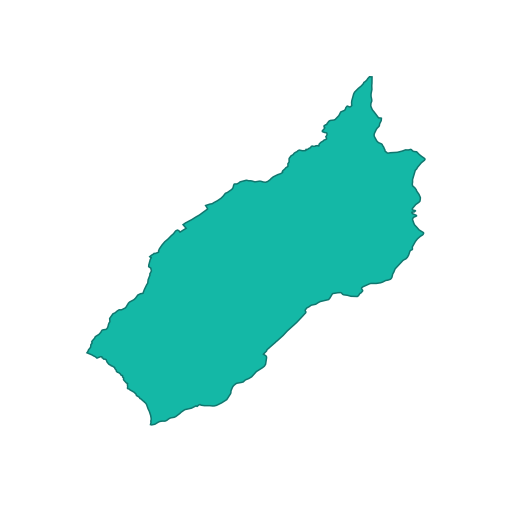 Titesti, Vâlcea, Romania (Robinson projection), rotated 338°
{"feature_id": "2599482B31663293500229", "entity_name": "Titesti", "entity_type": "district", "adm_level": 2, "iso_a3": "ROU", "parent_name": "Romania", "parent_adm1": "Vâlcea", "projection": "robinson", "projection_center": [24.419, 45.417], "detail": "fine", "context": "isolated", "style": "filled", "palette": "teal", "viewbox_px": 512, "rotation_deg": 338, "n_neighbors": 0, "source": "geoboundaries", "source_scale": "gbopen_adm2", "svg_char_len": 6079}
<svg xmlns="http://www.w3.org/2000/svg" viewBox="0 0 512 512"><g transform="rotate(338 256 256)"><path d="M430.7,133.4L428.4,132.3L426.2,133.3L424.6,134.4L422.6,135.2L421.0,135.5L420.3,136.3L417.3,137.8L413.7,138.9L408.8,141.0L407.2,142.4L403.0,147.9L402.1,149.5L401.4,151.5L401.3,152.2L401.1,152.4L399.6,153.0L399.0,153.0L398.4,152.7L397.0,151.3L396.6,151.2L394.9,152.1L394.3,152.9L392.8,154.1L388.5,154.2L385.4,156.9L380.5,159.1L379.1,159.1L375.9,158.2L374.7,158.2L373.7,158.5L372.6,159.3L371.6,159.7L370.8,160.6L369.7,160.4L367.9,160.8L367.4,161.8L367.7,162.3L367.8,162.9L366.7,163.7L364.5,164.7L364.2,165.1L364.2,165.6L364.8,166.2L366.0,167.3L367.4,168.1L367.7,168.6L367.5,169.7L367.1,170.3L366.1,171.2L365.4,171.6L365.6,173.1L365.2,174.0L362.2,174.1L361.1,174.6L358.8,174.9L356.7,175.8L356.1,176.4L355.6,177.4L355.0,177.3L354.5,176.8L353.7,176.5L352.7,176.2L351.9,176.4L350.2,175.8L349.3,175.1L348.9,175.1L348.3,175.1L347.1,176.0L345.7,176.0L344.0,176.4L342.8,176.5L342.6,176.0L342.3,175.9L341.6,176.7L341.4,176.8L338.5,175.8L335.8,174.0L334.3,174.1L333.1,174.6L331.2,174.7L329.7,175.1L328.5,175.9L325.9,176.3L323.5,177.8L323.1,178.2L322.0,181.0L321.4,181.6L320.2,182.3L319.2,184.8L318.9,185.0L316.8,185.3L315.3,186.1L312.8,187.0L312.1,187.5L312.2,188.2L311.8,188.5L309.7,188.9L306.7,188.7L301.4,189.1L300.4,189.6L299.6,189.6L297.8,190.5L294.7,191.3L292.4,191.2L290.6,190.2L288.5,188.5L287.3,187.9L282.8,186.9L280.3,184.9L278.7,184.0L277.5,183.6L275.9,182.4L275.2,182.1L269.0,181.3L267.5,181.8L266.0,182.0L264.7,181.9L263.5,181.3L262.7,181.2L261.8,182.0L260.3,184.1L258.5,185.2L253.2,186.4L251.1,186.4L248.2,188.1L245.4,189.3L240.9,190.3L237.1,190.7L234.9,191.1L232.7,190.6L228.2,190.3L228.6,192.4L228.8,194.1L228.7,194.3L218.9,196.8L215.0,197.3L210.1,198.2L203.1,198.9L200.1,199.6L201.6,204.1L194.5,205.4L193.9,203.5L192.8,202.5L190.8,202.7L187.8,204.5L185.1,205.4L180.8,207.3L176.8,208.6L173.3,210.4L169.2,213.1L167.6,214.7L167.3,215.7L167.0,216.0L163.5,215.9L162.5,215.4L161.6,215.8L159.5,216.1L157.2,216.8L157.5,217.5L158.2,217.9L158.3,218.3L156.6,219.7L153.2,224.2L152.5,225.7L153.9,227.8L153.4,230.7L150.8,232.9L150.6,233.9L147.1,237.6L145.4,240.7L144.0,241.6L140.1,245.1L137.7,247.7L137.5,248.1L136.9,248.2L134.9,247.7L131.8,247.9L128.6,249.9L127.4,250.4L126.3,250.8L121.6,251.3L120.1,251.9L116.2,254.8L115.2,255.2L111.6,255.5L110.7,255.4L109.0,254.6L106.7,255.0L104.1,255.9L101.7,256.0L96.9,259.1L96.1,261.7L95.8,262.3L94.7,263.0L93.5,264.3L92.5,265.8L91.0,267.3L89.6,267.9L86.8,267.2L85.6,267.1L84.7,267.6L83.7,268.5L81.2,269.8L76.8,270.6L75.5,271.8L72.3,273.4L71.5,274.1L71.5,275.2L71.3,275.5L69.8,276.2L68.4,278.7L65.6,280.2L64.4,281.5L63.0,282.4L66.8,286.2L68.5,288.4L69.2,289.0L70.3,291.1L74.1,291.1L75.0,291.5L75.3,291.8L75.2,292.8L75.9,293.6L76.1,294.5L77.3,295.1L78.2,295.9L78.2,298.6L79.0,301.2L79.6,302.1L80.4,302.7L80.6,303.6L81.7,304.4L82.5,305.7L83.0,306.1L83.2,306.6L83.0,307.1L83.2,308.4L83.6,309.2L83.4,310.7L84.0,311.9L84.7,312.4L85.7,313.7L86.0,314.3L86.3,316.0L87.4,316.8L87.4,317.3L87.0,317.9L87.0,318.3L87.6,319.4L86.9,320.8L86.9,321.4L88.3,325.3L89.0,325.8L89.2,326.1L88.5,327.2L88.2,328.8L87.3,330.4L87.3,330.8L88.7,332.1L88.9,332.8L91.9,336.6L93.0,339.1L92.9,340.6L94.6,342.8L95.0,343.9L95.0,344.6L95.7,345.3L97.1,348.2L97.8,349.1L97.7,349.5L98.5,350.9L98.9,352.6L98.7,357.3L98.9,360.0L98.6,364.3L98.0,367.1L97.6,368.3L96.6,369.7L96.4,370.8L95.0,372.8L95.9,373.5L99.2,374.1L103.6,373.4L105.3,373.5L107.3,374.0L109.7,375.0L111.6,375.0L114.1,374.3L116.1,374.1L119.7,374.9L121.5,374.8L126.6,373.4L128.0,372.8L132.4,371.8L139.2,372.9L144.2,372.5L144.9,373.3L145.2,373.4L146.7,372.8L148.3,372.7L148.6,372.8L149.1,373.7L152.2,375.5L157.2,377.5L159.8,378.9L161.3,379.4L163.5,379.7L169.1,379.3L175.1,378.2L180.9,374.1L181.5,373.3L182.3,371.7L184.0,369.9L185.6,368.4L187.2,367.6L189.5,366.9L190.6,366.8L194.8,367.7L196.9,368.0L199.8,366.9L203.3,366.9L206.7,366.4L213.1,363.3L220.2,362.0L222.5,361.3L224.3,360.0L227.7,354.3L228.0,353.1L227.8,352.3L226.1,349.8L230.2,348.0L231.1,347.0L239.7,344.0L242.1,343.2L242.5,342.8L243.5,342.7L251.4,339.8L256.9,337.2L268.7,332.9L274.4,330.3L280.9,327.2L281.3,326.5L281.1,325.5L281.3,324.6L283.6,323.2L286.3,322.9L288.8,322.3L293.3,323.1L296.4,322.5L298.5,322.3L307.0,323.6L308.6,322.8L312.5,319.8L313.1,319.6L318.1,320.7L320.7,321.6L321.4,322.3L322.0,324.0L322.9,324.9L326.1,326.7L328.9,328.9L334.7,331.5L336.1,331.2L338.2,329.7L339.6,329.5L341.6,328.5L341.9,328.2L342.0,327.7L341.6,326.1L341.7,325.8L342.2,325.0L343.7,324.6L351.2,324.3L352.3,324.5L357.2,326.5L361.5,327.5L363.7,327.6L367.1,327.3L369.4,327.8L372.0,327.9L373.1,327.4L374.1,326.6L376.1,323.8L377.6,322.7L380.0,320.2L380.7,319.8L390.5,315.2L392.0,314.9L393.9,314.8L395.9,313.9L397.9,312.3L400.5,309.2L401.5,308.7L403.2,308.6L403.6,308.3L404.3,306.2L409.3,302.2L412.1,300.6L415.5,299.4L418.2,298.9L419.0,298.6L420.0,297.6L420.0,297.0L417.0,292.9L415.8,289.4L414.7,286.6L414.6,284.7L414.8,280.8L415.3,279.9L417.1,279.1L419.3,279.1L419.9,278.9L419.9,278.4L417.0,275.4L416.7,274.3L416.8,274.0L417.0,273.8L419.3,274.4L420.7,273.9L420.6,273.5L418.9,272.3L418.4,271.7L418.4,271.2L418.9,270.5L423.4,268.1L426.9,267.3L428.2,266.8L428.6,266.5L429.7,264.7L430.3,263.4L430.2,259.8L429.3,256.0L429.4,254.8L429.0,253.0L428.7,252.0L427.5,249.7L427.8,247.9L428.9,246.1L429.7,243.9L435.8,236.2L437.5,235.5L439.1,234.2L444.2,231.5L448.1,230.3L448.8,229.8L449.0,229.3L448.6,228.3L447.0,225.9L445.4,223.1L444.0,219.6L441.2,218.0L440.4,216.9L440.0,215.7L439.4,215.1L437.1,214.8L434.3,213.6L431.0,213.5L425.9,212.8L419.4,210.6L417.3,210.2L416.3,209.7L415.8,208.5L415.2,207.7L415.0,207.1L415.3,205.5L415.1,204.5L415.2,203.0L414.8,201.2L414.7,199.7L414.2,198.9L412.0,196.7L411.1,194.7L410.5,189.7L410.6,188.7L411.0,187.7L411.7,186.7L415.1,183.6L416.4,182.8L418.6,181.9L419.3,181.2L420.1,179.8L422.8,177.4L423.8,175.5L423.9,175.2L423.7,175.0L421.4,173.8L419.3,166.0L418.8,164.7L418.6,163.0L418.6,159.9L419.7,157.6L421.4,155.7L421.9,154.3L422.5,151.0L423.4,148.8L425.8,145.1L427.1,141.5L428.3,139.1L430.7,133.4Z" fill="#14b8a6" stroke="#0f766e" stroke-width="1.5"/></g></svg>